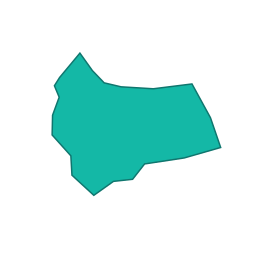 the state/province of Kerċem, rotated 218°
{"feature_id": "MLT-5981", "entity_name": "Kerċem", "entity_type": "state/province", "adm_level": 1, "iso_a3": "MLT", "parent_name": "Malta", "parent_adm1": "", "projection": "orthographic", "projection_center": [14.218, 36.038], "detail": "fine", "context": "isolated", "style": "filled", "palette": "teal", "viewbox_px": 256, "rotation_deg": 218, "n_neighbors": 0, "source": "natural_earth", "source_scale": "10m", "svg_char_len": 411}
<svg xmlns="http://www.w3.org/2000/svg" viewBox="0 0 256 256"><g transform="rotate(218 128 128)"><path d="M104.7,202.1L69.4,186.9L43.0,169.7L65.2,139.1L92.8,109.9L92.8,90.4L106.6,77.0L113.5,53.9L143.1,56.3L155.9,70.9L183.5,75.8L195.3,91.6L201.2,109.9L212.0,116.0L213.0,125.7L212.0,157.4L191.4,151.3L174.6,148.9L158.8,156.2L132.2,174.5L104.7,202.1Z" fill="#14b8a6" stroke="#0f766e" stroke-width="1.5"/></g></svg>